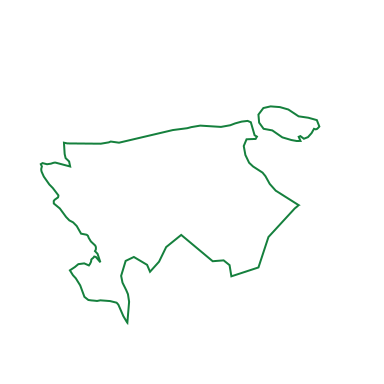 an SVG outline of Noord-Holland, rotated 67°
{"feature_id": "NLD-3486", "entity_name": "Noord-Holland", "entity_type": "Province", "adm_level": 1, "iso_a3": "NLD", "parent_name": "Netherlands", "parent_adm1": "", "projection": "natural_earth1", "projection_center": [4.92, 52.678], "detail": "fine", "context": "isolated", "style": "outline", "palette": "green", "viewbox_px": 384, "rotation_deg": 67, "n_neighbors": 0, "source": "natural_earth", "source_scale": "10m", "svg_char_len": 1998}
<svg xmlns="http://www.w3.org/2000/svg" viewBox="0 0 384 384"><g transform="rotate(67 192 192)"><path d="M98.6,287.7L111.9,257.1L113.8,249.2L113.8,247.1L118.1,239.9L127.5,185.4L131.4,171.5L132.0,167.3L134.1,158.5L143.4,139.9L145.5,130.7L145.7,125.5L146.6,118.8L148.3,113.0L150.8,110.6L164.2,112.2L166.4,110.6L168.0,112.7L164.8,121.2L169.9,126.4L178.8,128.4L187.4,128.0L192.4,125.8L201.7,119.5L206.2,118.2L214.9,117.3L223.5,114.4L245.7,99.0L245.7,99.3L246.2,100.1L247.0,102.9L247.3,103.9L263.3,139.2L287.4,160.3L287.4,160.6L285.0,188.7L274.0,186.0L267.3,189.6L263.8,200.0L227.3,218.7L232.6,237.3L243.3,249.6L249.0,261.8L241.5,261.8L229.1,270.9L229.5,280.0L241.5,290.0L248.3,291.4L256.5,290.9L261.1,290.9L268.5,292.8L287.1,302.6L286.8,302.7L279.4,303.7L267.1,303.8L265.4,304.3L264.4,304.7L260.4,310.0L255.9,318.7L255.2,322.0L254.0,324.1L252.4,327.1L250.9,329.6L246.5,332.0L234.3,331.4L226.0,332.7L222.1,334.1L216.4,335.0L215.3,329.1L214.0,324.8L215.6,319.1L219.3,315.6L218.2,313.8L217.6,313.2L217.2,312.7L216.7,312.2L215.9,311.6L215.3,311.4L214.8,311.0L214.5,310.3L214.2,309.3L213.9,308.4L213.2,307.2L214.2,305.9L220.9,303.8L212.0,303.1L208.5,304.4L207.5,303.1L206.4,302.5L205.1,302.0L203.5,302.0L198.0,304.4L193.8,305.0L191.8,304.9L190.8,305.3L190.1,305.8L187.0,310.4L178.3,311.4L173.5,313.3L170.2,316.0L165.7,317.7L155.5,320.1L148.6,323.7L146.3,322.8L145.5,321.5L144.6,317.4L144.0,316.9L142.9,316.3L133.9,318.6L129.3,320.4L119.9,322.4L114.5,322.5L113.0,322.2L111.9,321.8L109.8,320.2L107.3,320.3L107.0,318.3L109.8,314.6L110.8,310.8L111.0,308.2L111.3,306.9L111.6,306.2L120.9,294.2L115.9,293.2L111.4,295.1L107.4,294.4L106.2,294.0L96.6,290.6L98.6,287.7ZM182.9,70.4L182.9,72.2L187.4,72.2L185.9,75.8L183.0,80.2L177.0,87.5L166.7,94.0L161.8,101.4L154.4,103.1L146.7,100.6L142.6,93.5L143.9,86.2L148.2,77.9L153.7,71.1L164.0,64.3L169.1,55.9L174.6,49.0L181.5,49.2L182.3,50.9L182.8,52.3L182.7,53.6L181.5,55.0L184.5,58.9L186.8,63.8L186.7,68.2L182.9,70.4Z" fill="none" stroke="#15803d" stroke-width="2"/></g></svg>